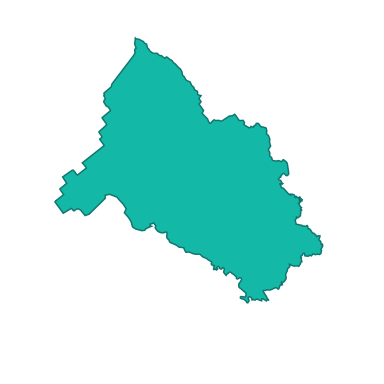 the Territory of Perm', rotated 308°
{"feature_id": "RUS-3200", "entity_name": "Perm'", "entity_type": "Territory", "adm_level": 1, "iso_a3": "RUS", "parent_name": "Russia", "parent_adm1": "", "projection": "orthographic", "projection_center": [56.51, 58.891], "detail": "fine", "context": "isolated", "style": "filled", "palette": "teal", "viewbox_px": 384, "rotation_deg": 308, "n_neighbors": 0, "source": "natural_earth", "source_scale": "10m", "svg_char_len": 6085}
<svg xmlns="http://www.w3.org/2000/svg" viewBox="0 0 384 384"><g transform="rotate(308 192 192)"><path d="M169.0,320.0L168.5,319.7L168.5,317.6L168.0,316.7L162.9,314.0L160.9,311.2L159.4,310.3L158.8,309.4L158.0,308.9L157.6,309.2L157.2,310.1L155.5,314.9L154.6,316.6L154.2,318.5L153.9,318.8L153.1,317.6L152.0,317.7L151.5,313.5L151.2,313.0L150.9,312.7L149.2,313.9L148.6,312.6L147.6,309.1L147.3,308.8L146.0,308.5L145.3,307.7L144.8,306.1L143.9,305.8L145.3,303.7L145.2,302.3L145.0,302.0L143.4,301.2L141.4,304.0L139.0,304.2L138.6,303.3L139.3,301.7L139.5,300.3L139.2,298.7L138.2,296.1L138.3,295.3L139.0,294.8L139.7,294.9L140.8,296.5L141.7,298.4L142.9,298.6L144.3,297.8L145.5,296.9L145.7,295.6L145.6,294.2L145.9,290.7L145.8,288.7L146.1,287.3L148.3,285.5L152.8,285.2L153.6,284.9L154.4,283.7L153.9,282.4L151.6,281.6L151.2,280.6L151.3,280.1L152.2,279.7L152.5,278.9L152.7,275.3L152.4,273.7L152.7,272.4L152.6,271.6L152.1,271.0L151.0,270.6L149.9,270.6L148.6,270.0L147.3,270.2L148.0,267.0L148.4,266.2L150.7,265.2L151.5,264.5L151.4,262.7L151.0,262.4L149.9,262.8L149.2,262.5L149.0,261.8L148.9,260.4L149.8,259.3L149.2,258.0L147.7,257.9L147.2,259.5L146.9,259.7L145.5,259.2L145.6,257.8L144.3,257.0L144.5,256.3L145.4,256.2L145.9,255.7L147.7,255.0L147.8,254.7L146.9,253.8L146.8,252.0L147.3,251.3L148.6,251.0L149.0,250.5L148.5,246.3L148.6,244.4L147.5,240.4L147.5,239.6L147.9,237.3L147.6,236.2L145.2,233.1L144.0,230.8L143.7,228.8L143.1,227.8L142.7,226.2L141.4,225.1L140.8,224.3L141.8,221.7L143.0,219.8L140.5,215.6L140.6,213.7L140.3,211.5L138.8,205.9L138.9,205.0L140.1,203.3L140.1,201.2L140.8,200.0L141.7,199.2L143.4,198.3L144.8,196.8L144.0,195.7L141.9,194.4L140.6,192.1L140.0,189.5L140.4,186.9L141.1,185.0L143.2,184.3L143.4,182.6L144.2,181.4L143.6,180.3L142.4,180.1L141.2,178.8L139.6,179.7L140.1,181.2L134.7,178.2L133.0,178.4L132.3,178.0L130.6,176.2L128.2,170.4L127.8,167.1L128.5,165.7L130.6,163.0L131.9,160.5L133.0,156.8L134.0,151.5L138.3,150.5L140.2,144.8L141.0,139.3L141.8,136.1L141.7,135.6L139.6,128.9L139.3,128.4L136.1,125.7L135.1,126.1L134.1,127.3L133.5,127.5L111.3,124.6L107.6,122.3L109.2,115.3L108.8,112.9L107.3,111.5L104.4,110.6L104.4,109.7L104.8,107.2L104.6,106.9L96.0,103.6L99.8,90.2L100.4,89.9L110.9,92.5L112.6,86.9L113.1,86.0L121.7,87.9L124.2,80.8L135.4,84.2L135.9,84.7L136.1,85.0L136.1,85.4L134.8,90.5L134.9,91.2L135.2,91.4L145.9,94.0L146.2,93.5L147.2,89.0L147.4,87.6L174.4,94.2L174.9,93.3L176.6,87.0L177.1,86.7L178.9,87.2L179.9,87.1L180.2,86.6L181.1,84.3L181.5,82.5L182.1,81.6L192.4,83.4L193.1,82.1L195.0,75.6L195.2,75.4L205.4,77.6L206.1,77.5L206.7,76.2L207.3,73.7L207.3,73.0L207.0,71.3L208.6,67.0L210.3,66.3L212.1,66.4L213.6,63.2L214.8,63.0L215.4,61.9L216.0,61.8L225.1,63.6L227.9,62.4L263.2,62.0L266.0,61.6L266.9,61.3L267.6,60.3L268.8,59.3L269.5,59.1L270.2,59.5L270.8,59.5L273.7,55.3L275.5,54.5L278.4,52.6L278.3,53.4L278.5,54.1L279.8,56.3L280.3,59.9L280.7,60.9L280.6,61.5L280.0,62.8L280.6,65.1L278.1,68.2L278.0,70.1L277.2,71.9L277.2,74.4L277.3,75.5L277.9,76.9L279.8,78.9L279.8,80.0L279.5,82.0L279.7,82.6L280.6,83.9L280.5,87.9L281.2,88.4L282.6,88.6L282.9,89.2L282.9,93.2L283.3,95.3L282.4,98.0L282.6,100.3L281.8,104.2L281.8,107.1L280.5,110.1L278.2,112.6L278.1,114.6L276.7,118.0L276.7,119.7L277.4,122.1L277.5,122.8L275.8,126.2L275.6,127.4L275.7,128.8L274.3,130.8L274.2,131.5L274.6,134.2L274.1,135.0L272.4,136.2L272.2,136.7L273.5,139.8L269.9,139.9L268.8,143.4L268.2,143.7L266.0,143.4L265.5,143.7L263.4,150.9L260.2,151.5L259.1,159.4L257.8,161.5L257.0,163.4L257.1,163.9L257.7,164.2L262.2,164.8L262.5,165.0L262.8,166.6L264.9,168.9L265.5,170.8L266.3,171.8L274.9,174.7L276.9,176.9L279.3,177.6L279.5,177.8L279.4,178.7L277.5,184.9L277.8,185.8L280.0,188.3L279.0,190.7L277.6,191.0L277.1,191.5L277.2,193.8L277.8,197.5L278.2,198.1L280.1,198.1L280.6,200.3L280.8,200.5L282.6,200.1L284.0,201.0L285.6,200.4L286.8,201.8L286.7,203.1L286.0,205.3L286.0,206.1L288.0,210.5L287.8,211.3L286.2,213.4L283.7,214.8L283.6,215.4L283.6,217.3L281.8,220.5L278.8,222.6L276.6,225.7L272.5,226.0L271.9,226.7L271.2,228.6L270.6,229.4L268.4,230.8L268.2,231.5L268.2,233.5L266.7,235.4L266.7,236.4L266.9,237.2L268.4,239.5L270.1,241.0L270.9,243.6L271.4,244.0L273.0,243.8L273.7,244.2L273.8,245.1L273.8,247.6L273.6,248.5L273.1,249.6L266.6,256.4L265.1,257.3L263.4,256.8L263.0,256.3L262.9,255.7L263.3,253.5L263.1,252.8L262.7,252.4L259.9,252.1L258.2,252.8L257.4,252.0L255.4,252.2L255.2,253.1L255.7,254.7L254.4,257.7L254.5,258.4L253.7,258.2L253.2,257.4L253.0,256.4L252.6,256.2L252.3,256.4L251.7,258.2L250.6,259.4L250.6,260.1L251.2,261.6L251.2,262.2L249.8,269.8L250.8,270.6L250.2,271.3L250.2,271.7L251.8,272.0L252.2,272.8L252.6,274.5L252.2,275.6L251.3,276.0L251.3,276.7L251.5,277.0L252.7,277.1L252.5,278.7L252.8,279.3L254.5,279.9L254.4,280.4L252.6,280.3L252.3,280.6L252.5,281.3L253.7,281.7L253.9,282.6L253.7,283.7L253.0,283.5L252.6,284.1L252.4,284.1L251.9,283.6L251.0,283.5L252.0,282.5L252.0,282.3L251.6,281.9L250.9,282.2L250.3,283.2L249.5,283.2L249.1,283.5L248.6,283.0L247.2,286.4L247.1,287.9L245.5,287.8L245.4,289.3L245.1,289.7L243.7,289.3L242.4,290.7L240.8,291.4L240.0,292.1L237.3,291.5L237.0,291.2L236.6,289.8L235.7,290.7L234.0,290.4L232.9,291.2L230.7,294.0L231.9,296.0L232.7,298.1L233.4,298.9L233.3,300.3L234.2,301.2L234.8,302.7L236.2,303.1L236.5,303.5L236.1,304.5L234.6,306.1L235.3,307.5L235.3,308.1L233.9,312.1L234.5,313.6L234.3,316.1L233.7,317.8L235.3,318.4L236.2,319.9L234.4,320.8L232.4,321.3L232.2,321.8L232.4,322.8L232.1,324.0L230.6,325.7L230.2,326.6L231.1,326.7L231.1,327.1L229.6,328.4L226.0,328.9L225.7,330.0L223.0,331.4L221.3,331.0L220.2,329.1L218.5,327.7L217.8,325.4L215.2,325.4L214.6,323.5L213.2,323.4L211.3,320.6L211.2,320.3L212.8,318.5L212.8,318.1L212.0,317.4L209.8,317.9L208.3,317.2L207.6,317.6L207.5,318.8L206.3,319.3L204.8,321.5L203.2,321.1L202.1,321.6L199.2,321.9L198.4,320.1L196.5,318.1L196.1,317.3L195.5,315.6L195.3,313.5L195.1,313.2L193.7,314.8L192.3,315.0L190.4,314.5L188.8,315.5L185.0,316.4L184.1,317.0L182.4,319.1L181.2,319.6L178.5,319.8L176.8,319.4L176.3,319.1L176.1,318.0L175.1,318.7L175.0,320.0L174.6,320.3L173.9,319.9L173.5,319.0L172.7,318.9L169.0,320.0Z" fill="#14b8a6" stroke="#0f766e" stroke-width="1.5"/></g></svg>